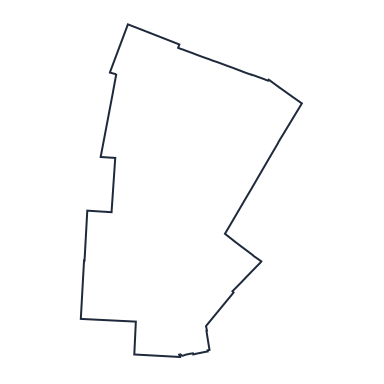 Grivita, Ialomita, Romania, rotated 92°
{"feature_id": "2599482B1434149034356", "entity_name": "Grivita", "entity_type": "district", "adm_level": 2, "iso_a3": "ROU", "parent_name": "Romania", "parent_adm1": "Ialomita", "projection": "equal_earth", "projection_center": [27.323, 44.721], "detail": "fine", "context": "isolated", "style": "outline", "palette": "slate", "viewbox_px": 384, "rotation_deg": 92, "n_neighbors": 0, "source": "geoboundaries", "source_scale": "gbopen_adm2", "svg_char_len": 1893}
<svg xmlns="http://www.w3.org/2000/svg" viewBox="0 0 384 384"><g transform="rotate(92 192 192)"><path d="M264.2,297.5L322.7,298.7L323.1,272.8L323.5,243.6L356.4,244.0L357.3,198.1L357.1,198.1L355.0,199.1L354.8,198.3L354.7,198.1L354.7,197.8L355.2,197.2L355.5,197.0L355.8,196.7L355.9,196.4L355.9,195.3L355.6,194.5L355.3,193.8L354.9,192.9L354.1,189.8L353.8,188.6L353.2,185.4L354.0,185.2L354.3,185.1L354.0,183.7L353.9,183.3L353.7,183.0L353.5,182.4L353.3,181.5L353.3,181.4L352.2,176.8L352.0,176.1L350.8,170.7L349.7,170.9L349.2,169.0L339.7,170.9L332.0,172.4L330.2,172.7L330.0,172.2L325.7,173.3L325.2,173.1L321.0,169.9L311.7,162.8L300.2,154.0L293.3,148.7L293.2,148.6L291.0,147.0L289.8,148.1L287.3,145.8L281.1,140.1L274.6,134.3L269.5,129.7L265.1,125.7L260.0,121.0L258.9,120.3L253.8,128.2L253.5,128.5L253.3,128.6L252.8,129.3L252.2,130.1L251.8,130.7L249.7,133.7L246.2,138.7L245.9,139.2L245.7,139.4L245.5,139.8L244.7,140.9L241.6,145.3L240.7,146.6L232.6,157.6L220.3,150.9L195.8,137.7L186.3,132.5L185.9,132.3L168.7,123.1L153.6,115.0L140.1,107.7L138.8,107.2L135.9,105.6L133.3,104.1L101.1,86.1L99.6,85.3L99.4,85.7L94.6,93.0L92.1,96.8L85.2,107.2L85.0,107.6L79.8,115.2L77.9,118.0L77.1,119.2L78.1,119.9L77.9,120.3L77.5,121.7L76.6,124.1L75.5,127.5L75.1,128.8L73.4,134.0L72.6,136.7L72.8,136.8L72.5,137.5L71.5,140.9L70.2,144.8L69.7,146.2L65.8,157.6L65.3,159.3L63.5,164.7L61.4,171.0L59.9,176.2L58.5,180.1L57.8,182.6L57.3,184.0L56.4,187.0L55.8,188.7L54.9,191.5L53.8,194.5L53.4,195.8L52.9,197.0L52.5,198.6L51.7,200.8L51.2,202.5L50.0,205.9L49.3,208.5L48.4,210.9L45.0,209.8L26.7,261.9L75.0,278.1L75.5,278.2L76.1,275.7L76.4,274.4L76.8,272.6L77.1,272.4L77.4,272.3L77.6,272.1L77.6,271.9L94.4,274.4L95.3,274.5L101.0,275.4L118.6,278.1L160.2,284.5L160.5,274.4L160.6,269.9L215.0,271.7L214.9,274.7L214.9,275.8L214.8,277.3L214.8,278.9L214.3,296.0L264.3,297.0L264.2,297.5Z" fill="none" stroke="#1e293b" stroke-width="2"/></g></svg>